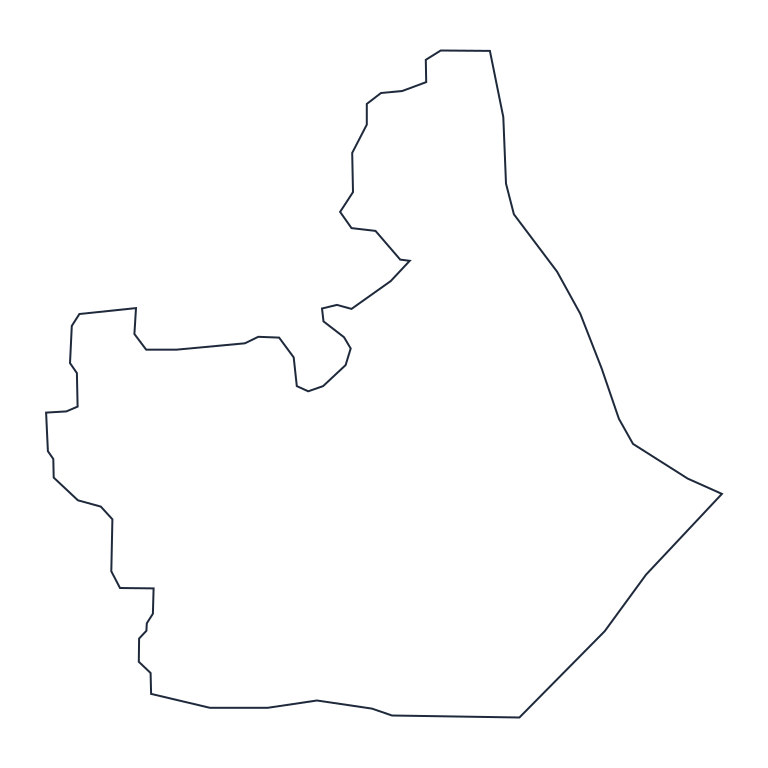 Dungass, Zinder, Niger
{"feature_id": "23599985B10149369238340", "entity_name": "Dungass", "entity_type": "district", "adm_level": 2, "iso_a3": "NER", "parent_name": "Niger", "parent_adm1": "Zinder", "projection": "mercator", "projection_center": [9.383, 13.215], "detail": "fine", "context": "isolated", "style": "outline", "palette": "slate", "viewbox_px": 768, "rotation_deg": 0, "n_neighbors": 0, "source": "geoboundaries", "source_scale": "gbopen_adm2", "svg_char_len": 1033}
<svg xmlns="http://www.w3.org/2000/svg" viewBox="0 0 768 768"><path d="M151.1,693.9L209.9,707.8L267.7,707.8L316.9,700.5L371.9,708.6L392.0,715.5L519.4,717.5L604.7,631.2L646.0,574.7L721.9,493.9L687.7,478.6L633.0,443.9L618.9,418.8L601.6,368.3L580.3,313.8L557.1,271.7L513.9,214.3L506.0,183.6L503.3,117.1L489.9,50.9L440.7,50.5L425.8,59.8L426.2,82.1L402.2,91.0L381.0,93.0L366.8,103.9L366.8,124.6L352.2,152.9L353.0,192.1L340.1,211.9L351.5,228.1L375.5,230.9L400.2,259.6L409.7,260.8L390.8,281.0L351.5,308.9L336.9,304.9L322.0,308.5L323.5,321.4L344.0,337.2L350.7,348.5L345.6,365.1L323.1,386.1L308.2,391.3L296.8,386.1L293.7,357.4L279.1,337.6L258.3,336.8L244.9,343.3L176.1,349.7L146.2,349.7L134.4,334.0L136.0,308.1L79.4,314.0L71.8,325.9L70.0,363.1L76.9,373.1L77.6,406.6L66.4,411.4L46.1,412.6L46.8,427.8L47.9,451.2L53.3,459.0L53.7,477.6L77.9,500.3L100.8,506.6L112.4,519.3L111.3,571.3L120.0,588.0L153.6,588.4L152.9,613.7L146.8,623.3L146.4,630.8L139.1,638.5L138.8,661.8L150.6,673.0L151.1,693.9Z" fill="none" stroke="#1e293b" stroke-width="2"/></svg>